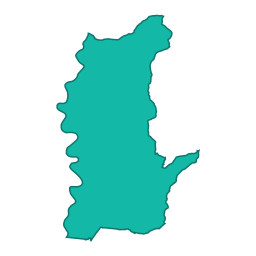 outline of Turburea, Gorj, Romania
{"feature_id": "2599482B10201715191375", "entity_name": "Turburea", "entity_type": "district", "adm_level": 2, "iso_a3": "ROU", "parent_name": "Romania", "parent_adm1": "Gorj", "projection": "equal_earth", "projection_center": [23.554, 44.693], "detail": "fine", "context": "isolated", "style": "filled", "palette": "teal", "viewbox_px": 256, "rotation_deg": 0, "n_neighbors": 0, "source": "geoboundaries", "source_scale": "gbopen_adm2", "svg_char_len": 5764}
<svg xmlns="http://www.w3.org/2000/svg" viewBox="0 0 256 256"><path d="M196.3,161.7L196.3,159.8L196.5,159.1L198.1,157.6L198.4,156.5L198.6,154.9L198.5,153.9L198.5,152.1L198.9,150.7L198.6,150.9L197.9,150.8L198.3,151.2L198.2,151.4L197.3,151.7L197.2,152.0L196.6,152.1L196.2,152.4L196.2,152.8L194.5,153.5L193.5,153.6L191.5,153.4L190.4,153.8L188.9,153.8L187.9,154.3L186.6,155.2L185.9,155.5L179.0,156.4L176.5,157.1L176.2,157.3L174.6,159.9L173.9,160.6L173.7,161.1L172.7,162.5L171.5,163.8L170.2,164.1L168.1,165.5L167.1,166.7L166.3,167.0L165.7,167.9L165.2,168.2L164.1,168.1L162.1,167.4L162.2,166.9L162.7,166.5L162.9,166.1L162.9,165.6L162.6,165.1L162.6,164.5L163.3,164.6L163.8,164.2L163.5,164.0L163.4,163.7L163.6,163.2L163.9,162.8L163.8,161.2L164.6,160.8L164.7,160.5L164.6,160.1L165.4,159.3L165.3,157.6L165.2,157.4L164.6,157.8L164.4,157.7L160.8,156.0L158.9,155.4L157.1,153.2L156.5,153.5L155.9,154.2L155.4,154.3L155.4,153.3L155.0,151.9L155.2,150.6L155.7,149.8L155.5,148.7L155.6,148.0L155.4,147.5L155.5,147.0L155.2,146.4L155.4,145.9L155.2,145.4L155.3,145.0L155.0,144.1L155.2,143.4L155.6,142.4L155.1,141.4L155.1,141.2L151.6,138.1L150.6,136.8L148.9,135.8L148.5,134.4L148.5,132.1L148.2,131.5L148.0,130.0L148.2,128.1L148.5,126.8L148.5,125.4L148.1,124.1L148.1,123.1L147.9,122.4L147.9,120.7L148.8,120.0L150.6,119.6L152.4,118.5L154.1,117.9L155.4,117.0L155.8,116.5L156.1,115.5L155.6,113.8L156.5,111.8L156.0,109.6L155.8,107.8L155.0,105.9L154.4,105.1L154.0,103.4L151.2,100.6L150.3,100.1L149.6,98.6L149.6,98.0L149.7,97.3L149.6,96.1L148.5,94.6L148.6,93.8L148.8,93.6L148.8,92.3L148.4,91.6L147.8,90.9L148.8,87.6L148.5,85.4L148.5,84.7L149.0,83.9L150.1,83.3L150.6,82.1L150.8,81.4L150.7,79.8L151.0,78.8L150.8,78.1L151.0,77.2L151.2,76.6L151.8,75.6L151.9,75.0L151.8,74.1L151.1,72.5L150.6,70.4L150.0,65.5L151.0,62.2L151.4,61.5L153.7,59.4L154.9,56.1L155.3,54.3L156.7,52.6L158.0,51.9L162.6,50.4L163.9,49.7L167.3,48.7L169.7,46.7L169.2,45.7L169.2,44.6L169.4,43.4L168.1,40.7L168.0,39.9L168.2,39.4L169.5,38.8L170.1,38.1L171.5,35.6L171.9,33.7L171.9,32.8L171.6,32.1L170.4,30.8L169.3,29.9L167.5,28.7L164.8,26.0L163.4,25.1L162.2,24.8L161.8,24.4L161.8,23.7L162.2,22.6L162.3,20.7L161.9,19.0L163.5,16.3L162.6,16.1L161.5,15.5L160.2,15.9L156.3,15.4L154.9,15.8L153.5,15.7L152.4,15.9L151.9,16.1L151.1,16.1L149.1,16.6L146.6,19.4L146.0,19.6L144.8,20.5L143.5,20.7L141.7,22.2L140.9,23.4L139.3,24.1L138.7,25.1L137.7,25.5L136.1,27.9L135.5,29.2L135.0,29.7L134.9,29.7L134.2,30.6L134.1,31.0L134.0,32.2L133.2,32.8L132.4,33.6L130.9,34.0L128.5,33.9L126.9,35.1L124.2,35.8L121.6,37.3L118.9,39.4L117.6,39.8L111.8,39.4L108.9,39.0L108.3,38.8L106.3,39.2L105.5,39.1L103.7,39.4L102.9,40.0L102.1,40.2L100.8,40.0L99.9,40.2L97.6,39.7L96.1,39.3L96.1,39.1L94.5,38.5L94.5,38.2L94.7,37.5L93.8,36.6L93.0,35.5L88.9,33.4L88.3,33.3L88.2,35.0L86.5,38.6L85.9,39.8L83.6,42.1L83.1,43.3L83.0,44.3L83.6,45.9L83.7,46.9L83.3,48.6L82.4,49.4L80.4,50.2L78.4,51.7L76.5,53.8L75.8,55.3L75.9,55.9L76.3,57.2L78.6,61.0L79.3,62.0L80.6,63.2L84.0,65.5L84.0,66.9L83.5,67.8L78.3,73.6L77.6,75.3L77.1,77.1L75.8,78.8L74.0,80.4L73.3,80.8L71.4,81.6L68.7,82.0L67.5,82.5L65.9,83.6L65.1,84.7L65.0,85.6L65.3,87.2L67.5,91.9L67.8,93.6L67.9,95.4L67.8,97.3L67.5,98.8L66.7,101.5L66.4,102.1L65.1,103.0L63.7,103.5L60.3,103.3L58.9,103.4L57.7,104.3L57.1,105.5L57.1,107.9L58.2,109.5L59.8,110.6L64.6,113.1L65.5,114.3L66.0,115.4L66.0,116.1L65.7,117.3L62.3,122.4L61.6,123.9L61.3,124.9L61.2,126.6L61.4,128.2L61.8,129.5L62.2,130.2L63.6,131.5L65.6,132.5L67.3,132.6L69.5,132.4L72.1,132.5L74.9,133.0L75.9,133.5L76.8,134.4L77.4,135.4L77.8,136.4L78.0,137.3L77.8,138.3L76.8,139.9L75.9,140.8L70.8,145.2L67.7,147.5L67.2,148.0L66.5,150.1L66.4,153.5L66.9,154.3L67.8,155.4L70.1,156.6L72.5,157.0L76.0,156.8L76.8,157.2L78.4,158.4L78.4,160.2L78.3,160.7L77.6,161.7L75.6,162.6L72.0,163.2L71.5,163.4L70.3,165.2L69.9,166.2L69.9,167.0L70.0,167.5L71.2,169.2L77.2,174.5L80.2,177.7L81.1,179.0L82.1,180.8L82.5,182.4L82.5,183.4L81.6,185.0L80.4,185.9L79.1,186.4L76.3,186.8L71.6,186.6L70.5,186.9L69.9,187.4L69.7,188.0L69.8,190.5L70.5,193.3L71.3,194.8L74.0,198.2L74.7,198.9L75.4,200.2L75.6,201.5L75.4,202.6L74.4,203.6L71.4,205.5L69.4,207.8L68.6,209.3L68.4,211.0L68.6,212.5L68.5,215.4L67.3,217.1L64.8,220.1L63.9,222.9L63.8,224.5L63.9,225.7L64.3,226.7L65.8,229.0L66.2,229.9L67.8,232.1L68.1,233.1L67.8,235.0L67.4,235.8L66.5,237.2L83.5,239.0L84.0,238.9L84.5,239.2L85.1,239.2L85.3,239.7L85.6,239.8L87.0,239.4L87.2,239.1L88.0,239.4L89.0,238.5L89.2,237.9L89.3,237.9L89.9,238.2L90.8,238.3L90.8,239.5L90.5,240.0L91.1,240.6L92.1,238.8L94.1,236.0L96.7,232.3L97.2,231.9L100.6,227.3L102.5,227.6L102.8,227.9L105.3,227.8L115.9,228.9L117.5,229.1L118.7,229.6L125.8,229.5L126.0,228.9L128.3,229.0L128.4,229.4L130.5,230.2L130.6,230.4L130.4,230.8L131.2,231.5L131.6,231.8L131.9,231.7L133.1,232.4L134.1,232.4L134.3,232.5L134.2,233.1L134.9,233.4L135.5,232.7L136.1,232.6L139.3,233.5L140.9,233.5L143.8,233.9L147.2,233.0L147.7,233.0L148.5,232.5L149.3,231.5L151.2,230.5L154.7,229.0L156.4,228.7L157.1,228.4L159.2,228.7L161.3,226.8L161.5,226.3L161.9,226.1L163.0,225.1L163.4,224.9L163.4,224.6L164.9,223.6L164.2,223.1L163.9,222.5L164.0,221.6L165.0,219.8L165.3,218.7L165.0,217.0L164.3,216.1L164.1,215.3L164.1,214.0L164.6,212.2L164.6,210.8L165.3,209.8L166.4,208.7L167.8,208.2L168.3,206.9L167.8,205.9L167.6,205.1L167.2,204.3L166.0,203.2L165.8,202.8L165.9,201.4L166.3,200.6L166.7,200.3L166.9,199.8L166.8,199.5L167.1,198.9L167.0,198.4L166.7,197.9L166.5,196.0L167.0,194.0L168.1,192.6L169.5,191.2L169.6,190.7L169.3,189.9L169.5,189.4L169.9,188.2L170.1,186.6L170.8,185.7L172.6,184.5L173.4,183.6L174.7,182.9L175.7,181.9L176.4,180.6L176.2,179.4L176.3,178.2L176.4,177.8L176.9,177.0L176.7,175.9L181.8,170.5L182.8,169.8L185.3,168.7L190.0,164.6L192.1,163.0L192.6,162.7L193.8,162.9L194.9,162.7L196.3,161.7Z" fill="#14b8a6" stroke="#0f766e" stroke-width="1.5"/></svg>